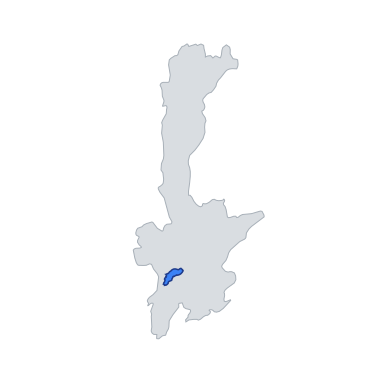 Ngoi, Louangphrabang, Laos (highlighted), rotated 214°
{"feature_id": "54806243B52412809783440", "entity_name": "Ngoi", "entity_type": "district", "adm_level": 2, "iso_a3": "LAO", "parent_name": "Laos", "parent_adm1": "Louangphrabang", "projection": "equal_earth", "projection_center": [102.68, 20.655], "detail": "fine", "context": "in_parent", "style": "filled", "palette": "blue", "viewbox_px": 384, "rotation_deg": 214, "n_neighbors": 0, "source": "geoboundaries", "source_scale": "gbopen_adm2", "svg_char_len": 6456}
<svg xmlns="http://www.w3.org/2000/svg" viewBox="0 0 384 384"><g transform="rotate(214 192 192)"><path d="M148.4,54.5L149.8,57.6L156.1,66.0L157.2,68.2L159.5,70.0L161.4,77.4L162.2,77.9L163.3,77.3L164.0,76.3L164.7,73.4L165.1,73.1L165.8,75.5L167.6,76.2L168.4,77.2L168.6,79.0L168.4,80.9L166.9,85.1L166.0,90.8L172.2,103.0L174.8,104.7L180.9,106.7L185.1,109.4L187.0,108.7L188.9,105.7L191.1,104.0L195.2,101.4L196.4,101.2L198.7,102.3L202.5,105.3L208.2,111.0L208.0,112.5L207.0,114.0L203.9,116.3L203.0,117.7L203.6,118.3L206.1,118.6L209.1,119.9L210.0,121.4L210.5,124.8L211.1,125.4L213.9,125.1L214.7,125.5L215.7,126.6L216.7,129.5L216.7,131.6L214.0,135.3L213.7,137.5L212.2,140.2L208.5,144.7L207.4,144.9L200.4,142.5L194.9,142.8L194.4,143.8L195.4,146.5L195.6,149.1L194.8,151.2L191.6,153.8L191.5,155.0L192.1,156.2L196.8,158.6L211.7,171.5L218.5,173.9L221.5,175.6L222.3,176.5L222.3,177.6L221.5,179.1L220.8,181.6L220.8,183.1L221.5,184.6L222.7,186.8L226.9,191.7L230.0,192.9L233.2,198.5L234.2,203.4L235.8,206.6L243.6,217.2L250.1,223.8L254.0,230.9L255.9,232.5L256.5,235.1L257.1,242.5L259.3,246.3L259.8,247.8L260.8,248.9L261.9,249.1L264.2,246.7L264.6,247.0L265.7,251.0L266.6,252.4L270.1,254.8L273.7,259.6L275.7,261.3L278.2,262.7L278.5,264.2L278.1,265.7L277.3,266.7L273.1,269.5L272.6,270.7L275.4,276.8L282.5,284.3L284.7,288.8L284.3,291.0L282.4,295.4L280.9,296.6L280.5,298.0L281.7,301.6L281.6,307.1L280.3,308.5L279.0,311.9L278.2,312.1L276.0,310.9L271.5,316.7L269.5,316.4L267.3,319.7L264.4,320.1L262.3,317.7L258.0,313.8L256.4,311.4L255.1,313.5L252.8,315.5L249.6,314.8L248.8,317.7L248.1,318.2L244.3,318.7L243.5,319.2L244.2,321.9L246.5,326.4L247.2,329.0L245.8,333.2L241.8,333.1L239.9,331.4L237.6,327.8L232.5,325.4L229.0,327.0L228.0,327.0L225.4,323.9L224.4,322.0L223.8,319.1L227.7,316.7L229.7,314.9L231.0,313.0L231.6,310.9L232.2,302.5L232.7,299.6L232.4,295.9L231.3,293.1L231.3,288.8L231.8,285.3L233.3,283.6L234.3,281.1L234.9,275.5L234.5,274.1L233.0,272.7L230.5,271.4L228.9,269.7L228.3,267.8L228.3,266.0L229.1,264.5L227.2,262.8L222.7,261.0L220.2,258.8L219.7,256.2L217.8,252.8L214.6,248.7L212.8,242.6L212.6,234.8L213.0,228.4L214.4,221.0L212.5,215.7L210.4,212.9L207.5,210.8L204.8,207.9L202.2,204.0L199.1,198.3L195.4,190.8L193.0,187.4L191.7,188.2L189.1,187.5L185.1,185.3L181.6,184.2L178.7,184.0L176.7,184.5L175.9,185.6L175.8,186.8L176.5,187.9L176.1,188.8L174.6,189.4L173.3,190.6L171.9,193.4L170.9,197.0L169.5,198.4L167.2,198.7L165.0,199.7L162.8,201.5L161.7,202.8L161.8,203.7L161.4,203.9L160.3,203.4L159.8,202.2L159.8,200.4L158.7,199.1L156.4,198.4L153.8,196.4L148.8,191.2L147.6,191.0L146.0,192.3L143.8,195.3L142.1,196.4L140.7,195.8L139.6,196.8L138.8,199.5L137.5,201.6L130.7,207.2L124.6,214.5L123.1,215.1L119.4,213.1L118.3,211.7L123.4,196.8L124.1,193.2L124.0,188.5L121.9,184.5L121.8,183.4L122.1,182.2L124.7,177.6L127.7,165.8L127.6,162.1L126.3,158.1L125.6,154.2L126.2,149.0L125.9,147.0L124.5,146.0L119.9,144.9L117.3,145.8L116.0,147.2L114.5,148.1L111.6,148.6L108.9,146.8L106.6,143.8L106.1,140.2L109.0,132.3L109.7,129.3L109.6,127.8L109.1,126.3L108.4,126.1L107.0,124.3L105.6,121.0L104.2,119.5L103.0,119.8L101.8,121.1L99.9,124.1L99.3,123.7L101.0,112.9L102.6,108.3L104.5,106.1L106.5,105.2L108.6,105.6L110.3,105.2L111.7,104.0L111.6,103.4L110.0,103.2L109.3,102.0L109.6,99.7L110.4,98.2L111.5,97.5L112.7,95.2L113.8,91.3L115.1,89.3L116.6,89.2L119.2,87.5L123.0,84.2L124.4,80.9L125.8,82.4L125.3,86.2L126.0,86.9L126.3,88.3L126.1,90.4L126.4,92.2L127.0,93.0L127.8,93.4L131.8,91.9L134.2,91.8L138.1,94.6L140.4,92.5L140.5,91.8L138.6,89.2L139.2,79.7L138.9,72.5L135.7,67.2L135.0,65.1L134.7,61.6L133.8,58.6L136.1,56.2L137.4,51.8L139.0,50.8L139.5,50.9L141.5,54.2L144.0,52.6L145.9,52.6L147.6,53.5L148.4,54.5Z" fill="#d9dde1" stroke="#a8b0b8" stroke-width="1"/><path d="M161.1,101.0L161.1,101.3L161.0,101.5L160.9,101.6L160.8,102.0L160.8,102.3L160.8,102.5L160.7,102.7L160.8,102.8L160.8,103.1L160.9,103.3L161.1,103.6L161.2,103.8L161.2,104.1L161.2,104.4L161.2,104.5L161.1,104.9L161.0,105.0L160.9,105.1L160.9,105.3L160.7,105.5L160.5,105.8L160.4,106.0L160.2,106.3L160.0,106.5L159.9,106.7L159.9,106.8L159.7,107.0L159.6,107.3L159.5,107.6L159.6,108.0L159.8,108.2L159.8,108.3L159.9,108.5L160.0,108.7L160.0,108.9L160.1,109.0L160.1,109.3L160.1,109.5L160.1,109.8L160.1,110.0L160.1,110.3L160.1,110.5L160.3,110.7L160.4,110.9L160.4,111.0L160.4,111.3L160.3,111.5L160.2,111.8L159.9,111.9L159.8,112.0L159.5,112.1L159.4,112.2L159.2,112.9L159.2,113.0L159.0,113.5L158.8,113.6L158.7,113.7L158.6,113.9L158.4,114.2L158.4,114.4L158.2,114.4L158.1,114.7L157.9,114.9L157.5,114.9L157.4,115.0L157.2,115.2L157.1,115.3L157.0,115.5L156.9,115.6L156.5,116.0L156.4,116.3L156.3,116.5L156.2,116.6L156.0,116.8L155.9,117.1L155.8,117.3L155.7,117.5L155.6,117.8L155.6,118.0L155.4,118.3L155.4,118.6L155.4,118.8L155.3,119.1L155.3,119.3L155.3,119.5L155.2,119.8L155.2,120.0L155.2,120.3L155.3,120.5L155.3,120.9L155.3,121.0L155.3,121.3L155.3,121.5L155.5,121.5L155.8,121.6L155.9,121.8L155.9,122.0L156.0,122.0L156.3,122.1L156.5,122.1L156.9,122.2L156.9,122.3L157.0,122.3L157.3,122.3L157.6,122.4L157.9,122.4L158.1,122.4L158.4,122.5L158.5,122.4L158.9,122.1L159.0,121.7L159.3,121.3L159.5,120.5L159.7,120.1L160.0,119.9L160.5,119.7L161.8,119.3L162.8,118.9L163.5,118.4L164.1,117.9L164.3,117.6L164.7,117.0L165.0,116.3L165.1,116.2L165.2,115.8L165.2,115.7L165.3,115.5L165.3,115.2L165.3,114.8L165.5,114.4L165.7,114.0L165.7,113.8L165.8,113.6L165.9,113.4L166.0,113.1L166.0,112.9L166.0,112.6L166.0,112.4L166.0,111.9L166.0,111.7L166.1,111.3L166.2,111.0L166.3,110.9L166.5,110.8L166.7,110.7L166.8,110.6L166.9,110.4L167.0,110.2L167.1,109.9L167.3,109.5L167.3,109.4L167.5,109.2L167.4,109.2L167.1,109.4L166.8,109.3L166.7,109.0L166.7,108.9L166.5,108.6L166.5,108.3L166.6,108.1L166.5,107.8L166.5,107.7L166.5,107.4L166.4,107.3L166.3,107.2L166.2,107.0L166.1,106.9L166.3,106.8L166.2,106.8L166.2,106.7L166.1,106.8L166.1,106.7L165.9,106.7L165.9,106.4L166.0,106.3L166.0,106.2L166.3,105.7L166.3,105.3L166.3,105.0L166.2,104.7L166.0,104.4L165.8,104.1L165.7,104.1L165.2,104.1L165.0,103.8L165.0,103.6L164.9,103.3L164.7,102.6L164.5,102.0L164.5,101.7L164.6,101.2L164.6,100.9L164.4,100.6L164.3,100.0L164.2,99.6L163.9,99.7L163.5,99.7L163.4,99.5L163.4,99.4L163.4,99.2L163.4,99.3L163.3,99.5L163.2,99.5L162.9,99.6L162.8,99.4L162.7,99.4L162.5,99.5L162.4,99.7L162.3,99.8L162.2,99.8L162.1,100.0L162.1,99.9L162.0,100.0L162.0,99.9L161.9,100.0L161.7,100.1L161.6,100.3L161.6,100.2L161.5,100.3L161.4,100.5L161.2,100.6L161.1,100.8L161.1,101.0L161.1,101.0Z" fill="#3b82f6" stroke="#1e3a8a" stroke-width="1.5"/></g></svg>